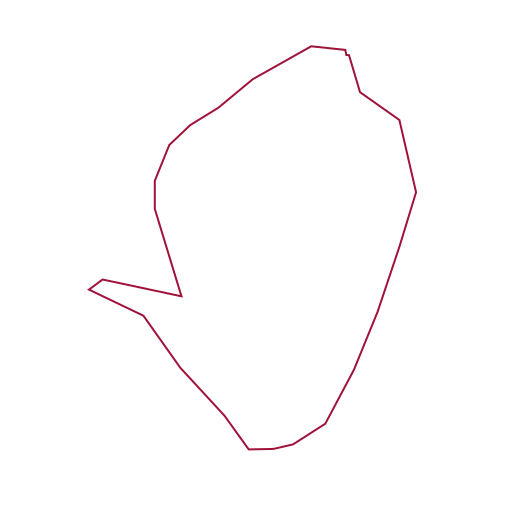 map outline of Plymouth (Albers equal-area conic projection), rotated 77°
{"feature_id": "GBR-2141", "entity_name": "Plymouth", "entity_type": "Unitary Authority", "adm_level": 1, "iso_a3": "GBR", "parent_name": "United Kingdom", "parent_adm1": "", "projection": "albers", "projection_center": [-4.124, 50.392], "detail": "fine", "context": "isolated", "style": "outline", "palette": "rose", "viewbox_px": 512, "rotation_deg": 77, "n_neighbors": 0, "source": "natural_earth", "source_scale": "10m", "svg_char_len": 493}
<svg xmlns="http://www.w3.org/2000/svg" viewBox="0 0 512 512"><g transform="rotate(77 256 256)"><path d="M251.2,426.3L244.4,410.8L278.5,337.7L187.3,344.0L160.0,337.7L128.3,315.5L113.6,290.5L103.0,259.2L83.0,219.4L64.1,155.0L75.3,122.6L80.4,122.8L81.2,120.2L119.8,117.8L155.7,85.7L191.5,85.7L229.9,85.7L278.6,113.8L337.6,150.0L388.8,186.1L435.0,226.2L447.9,262.4L447.9,282.5L442.8,306.6L404.4,322.7L347.9,354.9L288.9,379.1L251.2,426.3Z" fill="none" stroke="#9f1239" stroke-width="2"/></g></svg>